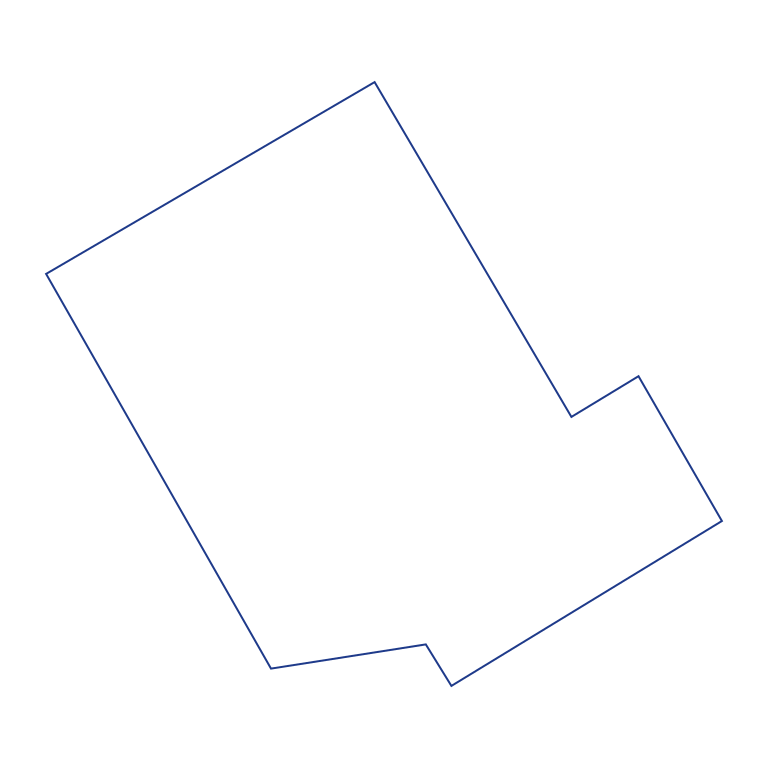 Comanche, Texas, United States of America (Robinson projection)
{"feature_id": "52423323B96574112762437", "entity_name": "Comanche", "entity_type": "district", "adm_level": 2, "iso_a3": "USA", "parent_name": "United States of America", "parent_adm1": "Texas", "projection": "robinson", "projection_center": [-98.411, 31.973], "detail": "fine", "context": "isolated", "style": "outline", "palette": "blue", "viewbox_px": 768, "rotation_deg": 0, "n_neighbors": 0, "source": "geoboundaries", "source_scale": "gbopen_adm2", "svg_char_len": 257}
<svg xmlns="http://www.w3.org/2000/svg" viewBox="0 0 768 768"><path d="M676.2,441.7L638.5,376.2L620.9,386.9L571.4,416.9L374.6,82.1L46.1,273.9L271.0,668.6L425.8,644.4L451.4,685.9L721.9,521.0L676.2,441.7Z" fill="none" stroke="#1e3a8a" stroke-width="2"/></svg>